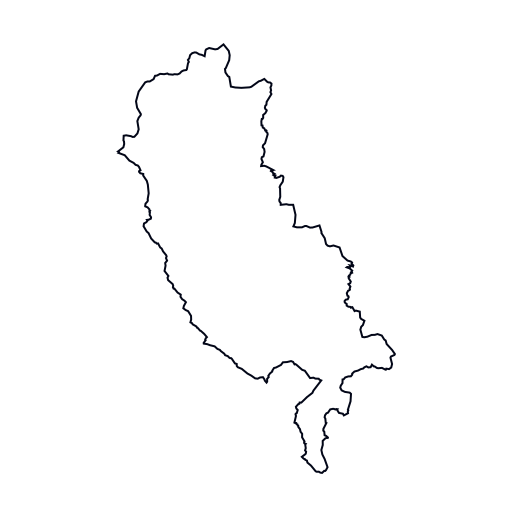 Intregalde, Alba, Romania (Albers equal-area conic projection), rotated 99°
{"feature_id": "2599482B14836518060914", "entity_name": "Intregalde", "entity_type": "district", "adm_level": 2, "iso_a3": "ROU", "parent_name": "Romania", "parent_adm1": "Alba", "projection": "albers", "projection_center": [23.397, 46.245], "detail": "fine", "context": "isolated", "style": "outline", "palette": "ink", "viewbox_px": 512, "rotation_deg": 99, "n_neighbors": 0, "source": "geoboundaries", "source_scale": "gbopen_adm2", "svg_char_len": 6095}
<svg xmlns="http://www.w3.org/2000/svg" viewBox="0 0 512 512"><g transform="rotate(99 256 256)"><path d="M157.9,405.5L162.6,405.0L163.5,404.3L166.0,403.7L169.4,404.0L174.2,408.5L174.3,407.9L175.1,407.4L175.7,407.9L177.0,401.4L181.6,396.0L183.2,391.4L184.8,389.2L185.1,386.9L186.3,385.5L189.4,383.5L190.4,384.7L191.1,384.7L192.4,383.2L192.6,380.2L194.2,380.0L198.9,375.6L202.4,374.0L210.9,371.8L216.9,371.9L217.7,371.5L219.1,371.7L221.6,373.3L223.8,373.3L224.3,373.2L224.9,370.7L226.6,368.6L227.8,368.3L228.0,367.7L229.1,368.2L229.6,367.6L232.0,367.5L234.2,365.7L235.6,365.7L237.0,367.8L237.4,369.3L238.1,368.7L239.8,369.6L241.4,371.7L244.2,371.7L248.9,367.8L250.2,365.7L255.1,362.3L258.4,358.1L258.4,357.1L259.3,355.9L258.9,354.7L262.5,352.0L263.4,350.3L266.0,348.5L269.3,344.8L270.4,344.2L272.1,344.6L274.5,343.1L277.1,344.6L279.7,343.8L285.1,344.0L289.4,339.4L291.3,340.0L293.6,339.0L296.8,333.9L298.4,333.1L299.8,333.2L301.1,332.3L300.9,331.6L304.4,327.7L305.9,324.3L308.1,324.2L310.2,322.2L311.3,319.7L312.6,318.0L316.5,319.4L319.0,319.6L320.4,317.0L321.1,314.4L325.3,310.8L328.9,310.1L331.8,310.4L332.4,308.6L333.4,307.9L334.9,303.9L336.0,303.1L336.0,302.5L338.5,299.5L338.6,298.8L341.1,294.9L343.8,291.8L345.2,292.8L346.7,293.1L347.1,292.6L350.0,294.1L350.7,293.9L350.7,290.3L351.3,287.5L351.7,282.7L353.8,279.6L354.4,277.0L355.4,275.9L357.5,272.0L358.8,271.0L359.3,268.2L360.6,266.5L360.9,265.7L360.8,264.5L361.3,263.8L365.4,260.0L365.6,258.2L367.6,257.8L368.7,256.6L369.7,252.4L373.4,246.1L374.9,241.9L377.0,237.7L376.9,235.1L375.4,233.1L374.6,230.2L376.6,228.3L377.7,227.8L379.4,225.8L378.4,225.3L375.6,225.8L373.6,224.5L372.5,225.1L369.9,223.9L367.6,221.9L366.8,222.0L363.8,220.7L363.0,218.8L359.7,214.3L356.8,212.8L355.9,208.8L354.3,204.9L354.8,202.8L357.0,201.0L356.6,200.3L357.0,199.2L361.2,192.6L361.7,189.8L368.1,183.5L367.2,180.2L367.8,178.2L367.4,174.9L368.3,173.9L368.7,172.1L379.9,178.2L382.4,178.9L387.3,183.5L393.7,188.3L393.9,190.0L395.2,190.1L395.6,191.0L398.7,193.0L400.3,192.3L401.6,190.7L404.9,191.2L405.5,192.1L406.2,192.2L407.7,191.5L414.6,192.0L414.8,191.4L414.7,190.1L415.7,189.7L415.9,188.7L416.9,188.3L417.1,187.7L418.3,187.4L420.1,185.5L422.6,184.5L424.4,182.6L427.9,182.1L431.5,179.1L432.3,179.4L433.4,179.0L433.8,177.5L434.5,177.9L438.0,176.8L440.4,177.1L441.4,175.9L443.0,175.9L443.8,176.1L447.2,179.3L448.8,177.1L449.0,175.9L449.6,175.5L450.1,173.7L452.0,172.9L454.4,168.9L459.3,163.4L459.6,162.2L459.2,160.2L459.9,158.6L459.9,156.8L457.5,155.0L457.5,154.1L456.6,153.4L453.4,152.3L445.7,156.5L441.7,159.4L437.4,161.1L432.2,160.5L428.2,161.2L425.4,159.1L424.5,157.6L424.5,156.7L424.0,156.6L422.7,158.6L422.3,160.2L418.8,161.1L418.0,162.2L416.2,162.4L410.0,160.4L409.9,161.0L405.7,162.1L404.6,163.0L402.5,162.9L400.3,161.8L399.5,160.4L395.9,158.7L395.0,156.4L394.8,155.3L395.2,153.6L394.6,152.8L394.6,151.6L395.2,151.9L398.0,149.5L398.2,145.5L399.7,144.3L396.9,140.5L395.6,141.0L393.9,140.7L393.5,141.2L384.7,139.9L377.3,140.6L376.3,142.1L376.3,147.0L375.3,150.4L372.9,152.2L370.8,152.0L368.0,150.7L364.4,151.2L364.0,150.1L362.0,148.9L360.5,146.0L360.0,143.5L358.2,142.4L357.1,142.6L354.7,140.7L353.2,137.3L351.4,134.9L350.3,132.4L349.1,131.7L347.7,129.7L348.5,127.6L347.9,125.4L345.2,124.5L346.6,122.4L346.5,121.6L347.7,119.0L347.7,117.6L346.8,114.1L348.0,110.4L348.0,110.0L346.9,109.7L346.9,106.9L345.0,105.0L341.4,104.7L335.4,107.3L334.2,107.0L332.1,103.8L331.1,103.5L327.5,106.9L322.5,113.2L319.2,114.7L318.4,116.3L314.9,119.3L314.1,123.8L315.3,126.3L315.9,129.5L318.3,133.4L319.3,136.3L319.3,138.3L312.4,141.4L309.4,141.0L307.5,139.6L303.0,138.8L301.7,142.3L300.5,143.5L294.7,144.8L294.3,148.8L295.0,150.0L291.5,152.8L292.2,154.1L291.5,154.5L291.6,156.9L290.8,158.7L289.2,158.9L288.4,160.5L287.5,161.3L286.5,161.4L285.1,160.5L284.4,158.6L282.1,158.0L281.2,158.5L280.9,159.5L278.5,160.5L275.9,159.6L275.0,158.2L274.3,158.0L273.6,158.4L271.4,158.0L269.3,160.3L268.1,158.7L266.4,158.4L263.6,160.9L262.0,161.4L261.8,160.5L260.7,161.0L259.7,160.0L258.3,159.8L257.5,158.4L257.0,158.7L256.9,159.4L255.4,158.7L253.6,161.5L253.0,164.6L252.6,164.2L252.3,161.4L251.3,160.7L250.6,161.6L250.6,160.0L251.2,158.6L250.1,158.4L248.6,160.4L247.4,160.1L246.6,161.5L246.2,164.9L242.5,170.6L234.5,174.8L233.5,181.1L234.9,184.5L234.6,186.9L233.2,188.7L227.7,190.9L223.1,195.0L222.1,195.0L215.9,198.1L219.0,204.6L219.5,207.1L218.5,210.9L218.7,212.3L220.5,215.1L220.7,216.4L221.3,220.0L220.9,223.7L217.4,222.8L209.2,223.4L199.6,227.3L200.3,231.4L200.1,234.1L201.6,239.6L199.8,239.9L198.5,241.3L197.0,241.8L193.8,241.3L185.5,242.8L184.3,243.5L182.2,243.0L178.4,241.2L173.9,241.2L172.7,242.2L172.7,244.0L174.0,244.9L175.7,248.1L175.6,249.7L173.6,249.4L173.8,250.6L173.3,251.6L172.0,250.5L171.3,252.3L170.5,252.7L169.7,254.6L169.2,254.4L168.4,252.5L165.9,259.9L165.6,262.0L166.4,265.0L165.1,265.0L162.3,263.9L159.3,265.8L157.5,265.7L156.5,264.2L151.8,263.8L149.0,264.7L147.4,266.4L145.6,266.4L143.2,264.7L134.0,263.5L132.8,263.9L131.7,265.3L130.6,265.2L130.3,265.5L130.6,266.5L128.6,267.8L128.1,269.4L126.1,270.0L126.1,271.0L122.1,271.8L119.7,271.7L119.6,271.0L118.4,270.5L115.6,271.0L113.4,269.1L110.9,268.2L110.4,268.2L109.3,269.8L108.3,270.4L106.1,270.3L105.0,269.4L102.1,269.6L93.6,266.1L91.9,267.4L90.1,267.0L87.2,268.1L85.2,267.5L83.3,267.7L82.4,269.3L82.6,271.0L82.2,272.2L79.8,275.5L82.2,278.7L83.0,280.5L89.6,287.1L90.4,288.7L92.2,296.7L92.8,302.8L92.6,307.3L83.3,310.4L82.7,311.9L79.5,314.9L76.1,315.9L75.1,315.2L66.8,313.1L61.8,313.4L57.7,315.0L52.1,321.2L57.5,326.3L58.3,328.7L57.9,334.8L59.7,337.5L60.8,338.0L66.7,338.0L65.8,341.1L65.7,343.5L64.4,346.8L64.5,348.4L65.6,350.7L67.9,352.5L71.1,352.8L73.0,353.9L74.8,352.7L76.2,353.3L82.4,353.5L83.2,353.9L84.1,356.6L85.4,358.4L87.7,360.0L88.9,361.9L89.2,365.1L89.9,366.5L90.0,368.1L90.2,370.7L89.6,372.0L90.8,375.2L91.1,379.2L93.3,382.1L93.8,383.9L97.3,384.8L100.2,388.2L100.6,390.5L101.8,392.6L111.9,397.6L122.0,398.7L128.2,396.6L133.9,391.9L135.1,392.0L137.7,393.5L141.3,394.3L149.2,391.7L153.5,392.3L157.3,394.8L157.7,396.5L157.2,398.2L157.1,403.1L157.9,405.5Z" fill="none" stroke="#020617" stroke-width="2"/></g></svg>